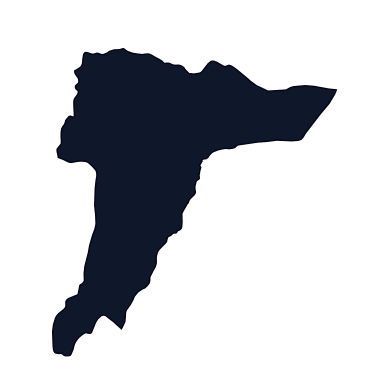 Génova, Quezaltenango, Guatemala (orthographic projection), rotated 174°
{"feature_id": "79465075B90055848837962", "entity_name": "Génova", "entity_type": "district", "adm_level": 2, "iso_a3": "GTM", "parent_name": "Guatemala", "parent_adm1": "Quezaltenango", "projection": "orthographic", "projection_center": [-91.832, 14.588], "detail": "fine", "context": "isolated", "style": "filled", "palette": "ink", "viewbox_px": 384, "rotation_deg": 174, "n_neighbors": 0, "source": "geoboundaries", "source_scale": "gbopen_adm2", "svg_char_len": 5171}
<svg xmlns="http://www.w3.org/2000/svg" viewBox="0 0 384 384"><g transform="rotate(174 192 192)"><path d="M37.9,278.4L45.3,280.0L59.7,284.2L68.2,285.8L79.8,286.0L82.9,285.5L85.4,284.5L86.9,283.8L88.1,283.5L104.5,284.2L105.7,284.3L106.4,284.6L116.8,290.9L122.5,296.0L124.6,298.5L135.5,309.6L139.2,312.7L140.5,313.5L142.1,314.1L144.0,313.6L145.4,313.2L147.3,313.6L153.6,318.1L156.3,319.6L158.0,320.0L159.7,319.7L162.6,317.7L169.3,310.7L170.9,309.6L172.1,309.3L178.1,309.0L180.2,309.6L182.2,309.7L183.1,310.6L183.9,311.6L185.5,313.5L186.5,315.0L186.8,315.8L187.4,316.6L188.4,317.7L189.8,318.6L190.6,319.0L192.1,319.4L192.9,319.5L194.2,319.6L195.3,319.7L196.4,319.9L197.2,320.1L198.1,320.4L199.5,321.3L200.2,321.7L201.1,322.2L202.2,322.5L203.0,322.6L204.0,322.7L205.3,322.6L206.4,322.8L207.4,324.1L208.0,324.9L208.7,325.6L209.5,326.2L210.2,326.8L215.4,330.3L216.3,331.0L217.7,332.1L218.4,332.5L219.1,332.9L219.8,333.3L221.2,333.8L223.2,333.9L227.3,333.8L229.6,334.3L232.7,335.0L236.6,336.1L241.3,338.3L242.7,339.4L245.0,341.6L246.5,341.6L248.3,341.1L249.2,341.1L250.0,341.1L251.0,341.1L251.9,341.1L252.8,341.2L253.9,341.3L255.1,341.3L256.5,341.0L258.0,340.6L259.1,340.5L260.5,339.8L261.7,338.8L262.5,338.9L263.7,338.4L264.5,338.2L265.7,337.9L266.6,337.9L267.4,338.0L268.2,338.2L269.3,338.8L270.6,339.5L272.0,339.9L273.3,339.6L275.0,339.3L276.1,339.3L276.9,339.4L277.7,339.6L278.7,340.2L279.8,340.6L280.9,341.2L281.9,341.6L283.4,341.8L284.1,341.5L284.9,340.8L285.3,340.1L285.6,339.1L286.0,337.5L286.5,335.8L286.8,333.9L287.1,332.5L287.3,331.6L287.8,330.2L288.2,329.5L288.7,328.8L289.6,327.9L290.8,327.1L292.8,326.1L294.2,325.4L295.8,324.8L296.0,323.9L295.9,322.5L295.4,321.3L294.2,319.1L293.6,318.1L293.0,317.0L292.8,313.9L293.1,312.7L293.6,312.0L294.4,311.5L295.1,311.0L295.8,310.4L296.6,309.7L296.9,308.6L296.9,307.8L296.5,306.8L296.0,306.1L295.4,305.5L294.6,304.5L294.5,303.7L294.6,302.7L295.1,301.7L295.7,300.7L297.1,299.1L297.7,298.4L298.4,297.7L299.2,296.6L299.7,295.4L299.9,294.7L300.0,293.9L300.2,291.8L300.4,289.5L300.8,282.2L301.0,279.5L302.1,278.8L302.9,279.0L303.9,279.5L305.0,280.1L306.5,279.8L307.6,278.7L308.8,277.6L309.6,276.8L310.2,276.0L310.5,274.8L311.1,273.5L312.0,272.1L313.2,270.9L313.9,270.0L314.4,269.3L314.8,268.5L315.1,267.5L315.6,265.8L315.8,264.7L316.0,263.7L316.1,262.1L316.3,260.4L316.5,256.4L316.6,255.6L316.7,254.8L316.8,254.0L317.2,253.2L318.5,251.9L319.6,250.8L320.6,249.8L321.2,249.2L321.6,248.5L321.8,247.6L321.8,246.2L321.6,244.7L321.3,241.8L321.3,240.4L316.4,237.9L312.6,235.4L310.7,234.5L308.9,234.1L302.1,234.6L299.3,234.5L296.4,234.0L294.0,233.4L292.8,232.8L291.6,231.8L289.5,229.5L287.4,226.9L285.2,223.7L284.7,221.6L284.7,219.3L285.0,217.3L286.1,213.4L287.8,205.5L290.1,188.7L290.1,179.2L290.7,170.2L292.4,165.0L294.9,160.1L295.9,157.8L297.6,153.6L299.4,149.2L301.2,142.7L306.2,129.2L307.7,122.1L308.2,115.1L308.7,114.1L309.8,113.0L311.1,112.0L312.5,111.4L313.3,110.6L315.5,103.2L316.0,102.2L316.8,101.5L326.1,98.8L327.8,97.6L328.6,96.5L328.9,95.3L329.0,93.9L329.2,91.9L329.6,90.6L330.9,89.2L332.3,88.1L335.4,86.1L337.4,84.8L339.5,82.8L340.9,80.8L342.1,77.8L343.4,74.9L345.1,67.9L346.1,53.2L346.1,50.2L345.8,48.0L345.2,46.9L344.1,46.1L341.6,45.4L339.2,45.3L337.9,44.7L336.9,43.8L336.3,43.1L335.2,42.5L333.1,42.2L331.6,42.2L330.2,42.4L329.3,43.5L328.5,45.0L327.6,46.6L326.7,48.3L326.1,50.2L325.0,52.9L323.8,55.0L322.0,57.1L319.9,59.2L317.9,60.6L315.8,62.0L313.9,62.8L313.0,63.2L311.8,63.2L309.8,62.5L308.0,62.2L306.8,62.7L301.5,72.7L298.8,76.0L295.0,78.7L292.4,79.0L290.5,78.0L282.9,70.7L281.4,68.9L276.5,63.4L274.3,66.8L272.4,70.1L272.0,72.0L271.4,75.1L270.9,78.6L270.5,80.0L269.5,81.7L268.2,83.1L264.9,87.0L263.5,89.0L262.2,90.8L261.2,92.7L260.3,94.3L256.6,98.1L251.6,100.9L250.3,101.2L248.7,101.8L246.2,103.8L244.3,105.9L243.8,107.0L243.4,108.3L243.1,110.3L243.0,111.7L239.3,117.5L236.2,122.0L235.1,124.9L234.9,126.5L234.6,129.9L234.3,131.6L233.7,133.5L233.1,134.9L232.4,136.3L231.6,137.4L230.6,138.5L225.9,142.4L223.9,144.0L223.1,144.8L222.5,145.7L222.1,147.0L221.6,148.3L221.3,149.2L220.4,150.2L219.3,150.6L218.1,150.9L215.4,152.9L214.3,153.2L213.4,153.1L212.3,153.0L211.4,153.7L211.1,154.4L210.5,154.9L209.4,155.3L208.2,155.7L207.1,156.5L206.4,157.4L206.0,158.5L205.7,160.0L205.1,163.4L204.8,167.5L204.5,171.0L204.3,171.8L203.7,172.9L201.9,175.5L199.9,178.2L198.3,180.5L197.2,181.5L196.1,183.6L195.3,184.9L194.6,185.5L194.0,186.1L193.3,186.6L191.7,187.9L190.8,188.5L190.2,189.1L189.4,190.1L188.7,191.3L188.7,192.2L188.8,193.4L188.9,194.4L188.7,196.5L188.6,197.5L188.3,198.4L187.7,199.9L187.5,200.7L186.9,202.1L186.1,203.0L185.0,203.6L183.9,204.1L183.4,204.8L183.3,206.1L183.4,207.3L183.3,208.2L182.9,209.3L182.6,210.3L182.3,211.8L181.2,214.3L180.8,215.7L181.4,216.8L181.7,217.8L180.7,219.0L179.0,221.3L178.7,223.1L178.1,223.6L176.6,223.7L174.7,223.7L172.7,224.7L171.3,226.5L169.4,228.3L167.3,229.7L165.3,230.3L162.2,231.2L158.7,231.7L155.2,232.0L152.8,231.8L150.5,231.3L147.3,231.4L144.8,231.8L143.2,233.2L141.3,234.1L121.1,234.9L112.8,234.6L102.2,234.8L87.5,232.6L80.8,232.4L78.1,233.0L76.1,234.7L73.1,238.7L58.4,254.2L54.6,258.0L46.4,265.9L39.8,274.8L37.9,278.4Z" fill="#0f172a" stroke="#020617" stroke-width="1.5"/></g></svg>